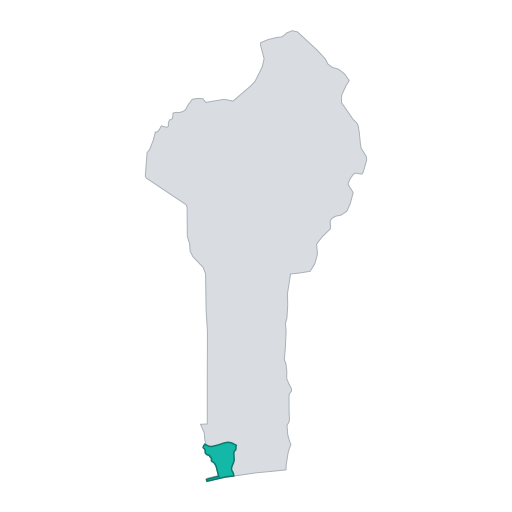 location of Mono within Benin
{"feature_id": "BEN-2180", "entity_name": "Mono", "entity_type": "Department", "adm_level": 1, "iso_a3": "BEN", "parent_name": "Benin", "parent_adm1": "", "projection": "albers", "projection_center": [1.785, 6.48], "detail": "fine", "context": "in_parent", "style": "filled", "palette": "teal", "viewbox_px": 512, "rotation_deg": 0, "n_neighbors": 0, "source": "natural_earth", "source_scale": "10m", "svg_char_len": 2734}
<svg xmlns="http://www.w3.org/2000/svg" viewBox="0 0 512 512"><path d="M207.2,481.1L206.3,478.6L218.5,475.4L215.9,465.7L208.4,454.4L205.4,452.3L203.9,446.6L205.8,442.9L204.9,440.4L204.2,432.8L200.5,424.3L207.3,424.0L207.3,396.8L207.3,370.7L207.4,348.5L207.4,330.8L206.1,309.8L205.9,294.3L205.6,273.9L203.2,267.5L192.9,256.7L190.1,251.1L189.6,243.7L187.3,236.1L187.2,222.8L187.1,207.2L186.1,204.7L175.0,197.3L159.3,186.8L147.4,178.8L146.5,178.2L145.3,176.2L147.1,152.6L149.6,149.6L153.4,139.9L155.3,132.0L157.0,132.1L159.4,129.5L161.4,125.8L163.4,126.6L166.9,127.3L168.5,126.0L168.3,123.1L169.5,120.1L172.2,118.8L172.9,116.2L173.0,113.2L175.3,112.4L179.4,112.5L182.7,111.6L185.3,110.0L188.7,103.9L190.7,101.8L191.2,100.3L193.2,99.0L198.6,98.4L202.9,98.8L205.7,102.4L224.2,99.3L233.0,101.1L251.0,85.7L255.1,81.2L260.6,70.3L262.4,66.2L264.1,58.7L260.5,45.0L260.7,42.6L268.1,39.6L277.4,37.3L281.0,37.1L283.4,35.9L286.7,32.9L292.3,30.7L295.5,31.5L297.5,31.9L317.0,50.0L325.5,59.2L327.8,63.9L332.2,67.3L338.7,69.3L344.6,74.0L349.2,80.6L346.2,85.3L341.7,95.0L341.5,102.6L352.4,118.4L353.7,120.1L356.5,122.5L358.1,125.5L359.4,133.4L360.2,142.2L361.1,148.2L366.3,156.5L366.7,159.9L363.1,172.4L362.2,173.8L361.3,174.1L355.6,173.1L353.2,174.4L350.2,178.7L348.3,183.0L348.2,184.7L353.2,192.6L350.1,204.0L346.9,211.1L341.1,215.1L335.9,216.1L332.3,218.0L330.2,220.5L330.5,228.7L322.9,236.1L318.6,241.3L316.6,244.4L317.5,254.0L314.8,263.7L310.1,271.3L299.4,273.0L290.5,274.0L287.5,293.4L287.7,305.7L286.9,318.3L285.4,323.4L286.1,330.6L285.4,347.0L284.3,359.8L285.8,363.3L286.8,370.8L286.7,378.7L289.0,384.1L291.5,388.8L291.4,391.3L290.1,392.8L289.0,394.8L289.1,413.2L289.5,418.8L288.9,422.3L287.0,425.2L287.7,434.5L289.3,440.4L290.9,444.8L289.3,448.5L288.0,453.3L286.1,465.6L286.0,469.9L255.5,472.9L221.4,477.9L207.2,481.1Z" fill="#d9dde1" stroke="#a8b0b8" stroke-width="1"/><path d="M208.2,455.1L207.5,455.0L207.0,454.7L206.3,454.2L205.8,453.6L205.3,453.0L205.1,452.2L205.2,451.6L205.3,450.9L205.3,450.4L204.5,448.9L203.5,448.1L203.1,447.3L203.7,445.7L204.8,444.2L205.1,444.4L209.0,446.3L210.2,446.4L211.8,446.5L218.7,444.8L223.3,443.2L227.2,442.3L229.6,442.4L231.9,443.0L236.3,445.3L235.9,447.1L236.0,448.5L235.9,449.3L235.7,449.8L235.1,450.4L234.7,450.8L234.2,451.7L233.9,452.3L233.9,453.0L233.9,455.0L234.2,459.1L234.1,460.7L233.9,461.5L233.5,462.6L231.9,466.7L231.5,468.2L231.8,470.5L232.9,472.1L233.5,474.0L233.8,475.3L233.7,476.0L226.2,476.8L207.0,481.3L206.4,479.8L207.9,479.0L217.3,476.7L218.8,476.6L217.4,471.3L216.0,465.8L214.1,462.8L213.5,462.3L211.9,461.5L211.5,461.1L211.3,460.5L211.5,458.9L211.4,458.2L210.9,457.5L209.7,456.5L209.5,456.0L209.4,455.2L208.9,455.0L208.2,455.1Z" fill="#14b8a6" stroke="#0f766e" stroke-width="1.5"/></svg>